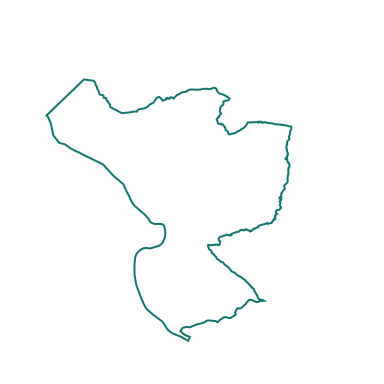 the district of Bujoreni, Vâlcea, Romania, rotated 162°
{"feature_id": "2599482B76085305979225", "entity_name": "Bujoreni", "entity_type": "district", "adm_level": 2, "iso_a3": "ROU", "parent_name": "Romania", "parent_adm1": "Vâlcea", "projection": "equal_earth", "projection_center": [24.339, 45.168], "detail": "fine", "context": "isolated", "style": "outline", "palette": "teal", "viewbox_px": 384, "rotation_deg": 162, "n_neighbors": 0, "source": "geoboundaries", "source_scale": "gbopen_adm2", "svg_char_len": 6018}
<svg xmlns="http://www.w3.org/2000/svg" viewBox="0 0 384 384"><g transform="rotate(162 192 192)"><path d="M306.7,309.8L305.7,307.9L305.1,300.9L306.4,288.4L303.0,279.7L298.0,276.5L293.7,270.6L292.9,269.7L292.0,269.0L289.3,266.2L287.5,264.9L284.8,261.9L268.4,246.0L267.2,243.9L262.2,232.6L256.4,223.0L255.1,221.1L254.9,220.5L253.7,210.5L253.3,209.5L252.6,202.8L252.0,199.8L250.7,196.3L249.0,193.6L246.2,188.6L243.9,185.2L242.7,182.2L241.4,179.7L241.3,177.9L241.0,176.8L240.3,175.7L239.3,174.6L238.0,173.6L236.4,172.8L232.8,171.7L230.4,170.7L229.5,169.6L229.0,168.2L229.4,164.6L229.8,162.2L230.1,161.1L231.0,158.9L232.8,155.9L235.4,153.1L236.6,152.3L239.9,151.0L248.5,151.2L250.3,151.6L252.1,152.7L253.1,153.1L255.7,153.5L258.9,153.0L262.0,151.5L264.6,149.6L266.4,147.0L269.2,140.7L272.2,131.1L273.4,123.4L273.7,120.4L273.1,106.4L272.3,98.7L271.6,95.7L270.8,93.9L266.9,87.4L261.3,79.5L260.2,77.8L259.3,74.9L258.1,69.8L256.9,67.1L254.4,63.8L246.5,57.1L245.4,55.6L244.0,54.2L241.7,51.6L239.9,53.5L238.8,55.0L240.9,56.4L243.1,58.5L244.4,60.4L246.0,63.4L242.9,65.7L242.5,65.7L238.7,65.3L236.0,64.0L227.6,64.6L224.3,64.2L220.7,64.2L219.9,64.3L218.1,65.0L216.9,65.0L214.6,64.3L210.5,62.3L209.5,62.1L209.2,61.8L208.5,60.8L208.1,60.4L207.4,60.4L204.9,61.8L202.6,62.3L200.9,63.0L198.7,62.7L196.2,60.9L194.1,60.2L192.7,60.8L188.7,61.6L188.3,62.0L188.1,62.3L188.3,63.6L188.1,64.5L184.6,67.4L182.3,66.4L180.6,66.6L175.7,68.8L174.6,69.7L171.2,71.7L169.8,71.4L167.9,70.3L165.2,67.7L164.3,67.3L163.3,67.0L160.8,67.4L157.2,66.4L158.2,67.4L160.0,68.3L161.7,70.0L161.9,70.4L162.1,74.5L162.6,75.4L162.7,76.4L163.1,77.9L163.3,80.7L164.3,81.9L164.1,82.1L165.1,83.6L165.5,85.0L165.8,85.1L166.4,87.1L167.3,88.6L167.3,88.9L167.9,89.6L168.1,90.3L168.7,91.8L169.9,93.2L171.0,95.1L172.4,96.8L173.3,97.2L174.0,98.4L174.7,99.0L176.4,102.1L178.8,104.2L180.1,108.0L182.3,111.5L183.3,112.7L184.3,115.6L184.9,116.0L185.9,116.3L187.5,119.1L189.0,120.7L189.3,123.3L190.0,124.2L190.1,124.8L190.5,125.2L190.7,126.4L191.3,127.2L191.9,127.3L192.1,127.9L191.7,129.3L191.7,130.1L193.4,132.2L193.5,132.7L193.4,134.2L193.5,135.0L193.4,136.0L192.9,136.7L191.3,135.9L190.3,135.5L184.2,134.3L183.8,133.6L183.4,133.3L182.6,133.3L181.8,133.9L180.4,136.1L180.6,136.6L181.2,137.2L181.3,137.6L181.2,139.2L180.9,139.7L180.3,140.1L178.9,140.6L176.8,140.5L175.5,140.7L173.5,140.4L172.4,140.8L169.9,139.4L169.8,139.0L167.9,138.8L167.9,139.6L166.8,139.9L164.3,140.2L163.8,140.2L163.3,140.0L162.8,140.2L160.4,140.0L160.1,139.8L158.8,140.1L158.1,140.6L156.7,140.7L155.5,140.2L154.9,139.6L154.5,139.7L153.7,139.5L153.1,139.9L152.3,139.6L151.6,139.6L151.3,139.0L149.5,137.5L149.2,136.8L148.7,136.4L148.0,136.9L147.5,136.7L147.0,136.7L144.7,138.1L144.2,137.6L141.5,138.2L140.9,138.2L140.3,138.0L139.7,138.4L139.5,138.9L138.9,139.2L135.9,139.3L131.9,139.0L131.3,139.2L130.2,139.4L129.9,138.3L128.9,138.4L126.4,137.9L125.7,138.2L124.4,139.4L123.7,139.4L123.4,139.6L122.8,140.7L122.4,141.1L121.8,141.3L121.5,141.1L121.5,140.5L121.3,140.5L120.4,142.2L120.4,142.6L120.8,143.2L120.6,143.6L118.6,144.9L117.9,144.9L118.5,146.4L118.3,147.7L117.7,148.2L116.7,148.3L116.6,148.6L116.3,148.6L114.4,148.1L113.3,148.8L112.6,148.9L112.1,149.8L112.0,150.1L112.5,150.4L112.4,151.5L112.6,152.3L111.3,154.2L111.5,156.1L110.8,156.2L110.0,156.7L109.4,157.5L109.5,157.9L110.9,158.8L110.8,159.1L110.0,159.9L109.7,160.1L109.3,159.9L109.0,159.5L108.7,159.5L108.2,161.5L107.7,162.3L107.6,163.0L106.4,163.7L105.4,164.7L104.2,165.6L102.8,166.2L102.6,166.9L102.6,169.0L102.1,169.8L101.3,170.2L99.2,171.0L98.0,172.0L97.2,174.0L97.2,174.7L97.0,175.3L96.2,176.7L95.6,178.3L95.0,179.0L94.5,180.3L93.1,184.7L92.7,185.2L92.0,185.3L91.6,186.2L91.3,186.5L91.1,187.1L90.9,189.6L91.0,190.1L91.5,190.2L91.7,190.5L91.8,191.3L91.7,192.1L91.4,192.9L91.7,193.6L92.7,194.2L92.7,194.9L92.4,195.2L91.5,195.0L91.0,195.2L91.0,195.6L90.7,196.0L90.5,196.8L89.2,197.6L89.5,198.4L89.3,198.9L88.8,199.5L89.0,201.0L88.6,203.6L88.8,204.0L88.2,206.0L87.5,206.9L87.2,207.6L86.5,208.3L86.5,209.5L85.6,210.8L84.7,211.2L83.0,212.2L82.8,212.6L82.9,214.5L81.3,216.3L79.9,219.4L78.4,220.7L77.3,223.3L78.3,224.2L80.0,224.8L81.8,226.1L88.9,229.6L91.6,230.5L93.6,232.0L96.3,233.3L99.6,234.7L100.5,235.8L102.1,235.9L102.6,236.1L103.7,236.0L104.2,236.5L104.3,237.3L104.5,237.5L105.7,237.7L106.9,238.3L107.1,238.1L107.1,237.5L107.6,237.5L108.2,238.3L117.5,240.9L119.1,239.2L121.8,237.5L124.4,236.6L125.9,236.4L127.9,235.6L129.2,235.5L132.9,234.7L135.4,235.0L138.3,235.1L139.3,235.8L139.2,238.2L140.9,240.7L140.6,242.1L140.8,243.9L141.7,246.1L142.4,247.1L143.3,247.1L143.5,248.1L145.8,248.6L146.1,250.4L145.8,251.6L146.1,253.4L144.4,254.8L143.4,254.7L143.3,255.3L143.1,255.6L141.3,256.7L140.1,257.7L140.7,259.7L139.9,261.5L139.0,263.3L138.5,263.9L137.5,264.6L135.9,265.2L135.0,265.8L134.3,268.0L134.1,268.3L133.7,268.5L129.1,268.0L128.3,268.3L127.4,269.2L128.3,270.9L131.9,274.7L135.4,277.2L136.5,279.1L136.7,279.8L137.1,282.9L137.5,283.4L138.4,284.2L139.7,284.4L143.3,284.3L145.7,285.5L147.7,286.1L150.2,286.8L152.1,286.8L153.8,287.2L158.4,288.7L160.4,289.6L162.4,290.0L163.2,289.9L164.3,290.0L165.6,289.4L166.6,289.5L167.7,289.4L171.1,289.9L171.5,289.6L172.4,289.4L176.1,288.8L178.9,287.7L180.5,286.6L181.6,287.8L182.7,288.6L183.3,288.6L184.7,287.8L185.4,287.8L185.7,288.0L185.9,288.7L186.6,289.3L187.2,289.3L187.9,288.1L188.5,288.0L190.0,288.0L191.5,287.9L193.2,291.7L193.7,292.5L195.1,292.6L195.9,292.5L196.7,292.2L201.2,288.8L205.2,288.2L208.3,286.6L211.1,286.2L216.7,287.1L218.7,286.4L219.8,285.5L220.6,286.0L221.4,286.2L224.5,286.8L224.6,286.6L234.2,288.6L236.0,290.2L239.5,294.1L240.5,294.6L241.8,296.4L243.2,297.7L243.5,298.1L243.5,298.6L242.9,300.2L242.9,300.7L243.5,301.6L243.6,302.7L243.8,303.0L244.0,304.3L244.4,304.7L244.9,305.8L244.6,306.9L244.7,307.5L245.0,308.0L246.2,308.5L246.9,309.1L246.4,310.9L246.5,311.4L248.7,312.6L249.2,313.0L249.9,314.1L249.8,315.6L249.6,317.1L250.1,318.8L250.2,320.5L249.9,322.1L250.4,322.7L250.6,323.3L250.2,325.6L251.2,328.2L259.9,332.4L306.7,309.8Z" fill="none" stroke="#0f766e" stroke-width="2"/></g></svg>